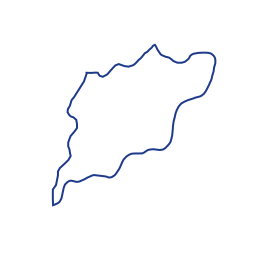 outline of Rangrim, Chagang-do, North Korea, rotated 19°
{"feature_id": "82179303B57192008066519", "entity_name": "Rangrim", "entity_type": "district", "adm_level": 2, "iso_a3": "PRK", "parent_name": "North Korea", "parent_adm1": "Chagang-do", "projection": "albers", "projection_center": [127.189, 40.817], "detail": "fine", "context": "isolated", "style": "outline", "palette": "blue", "viewbox_px": 256, "rotation_deg": 19, "n_neighbors": 0, "source": "geoboundaries", "source_scale": "gbopen_adm2", "svg_char_len": 2117}
<svg xmlns="http://www.w3.org/2000/svg" viewBox="0 0 256 256"><g transform="rotate(19 128 128)"><path d="M70.8,89.3L71.2,90.1L71.2,91.6L71.2,98.3L69.8,104.3L68.4,110.3L67.7,113.1L67.0,116.3L65.6,119.9L65.8,124.4L65.7,126.7L65.0,129.7L65.7,132.7L68.3,134.9L70.4,135.7L73.1,135.7L76.5,137.2L78.5,140.9L78.7,141.5L79.8,144.7L78.4,149.2L76.3,154.4L76.3,155.9L76.2,158.2L76.2,161.2L77.5,164.9L79.5,167.1L81.5,170.9L82.9,173.1L82.1,177.6L79.4,182.9L76.6,188.1L75.9,191.9L77.2,195.6L77.8,200.1L78.5,205.3L77.0,210.6L77.7,212.8L79.0,216.6L80.3,220.3L82.3,225.4L83.7,224.3L86.3,221.7L87.2,220.2L87.6,218.7L87.9,216.9L87.9,215.2L86.7,205.5L86.8,202.0L88.1,199.3L89.1,197.9L90.4,196.7L91.8,196.2L96.8,195.7L98.1,195.2L99.6,194.3L103.6,190.6L105.9,188.0L108.5,185.6L109.9,184.3L111.4,183.5L122.0,181.2L123.7,181.0L125.4,181.1L127.0,180.7L128.6,179.8L130.8,177.0L131.4,175.6L133.0,169.5L133.4,166.0L133.6,162.4L134.1,159.3L135.3,156.5L136.2,154.9L137.4,153.4L138.5,152.2L139.9,151.1L141.6,150.3L149.7,147.4L151.1,146.1L153.2,143.2L154.5,142.0L156.0,141.1L158.9,139.8L165.1,138.5L167.9,137.1L169.2,135.7L170.1,134.3L171.9,130.3L172.4,128.7L172.7,127.0L172.6,125.1L172.5,123.6L172.1,120.3L170.7,114.4L169.9,111.6L169.0,106.8L168.6,101.9L168.2,98.7L168.3,95.0L168.8,91.8L169.2,90.3L170.4,87.5L172.7,84.8L175.3,82.4L180.9,78.2L181.7,77.4L185.7,74.8L186.9,73.6L188.6,71.0L189.5,68.1L190.2,63.8L190.7,59.5L190.7,58.1L191.0,56.6L191.0,53.6L190.7,52.2L190.5,46.8L189.7,42.7L189.5,38.5L188.6,35.6L187.9,34.2L186.9,32.9L185.5,31.8L182.8,30.7L181.5,30.6L178.8,30.9L174.5,32.3L170.4,33.9L166.2,36.2L164.8,37.3L163.9,38.6L163.2,40.0L163.1,41.4L162.7,42.9L162.0,44.1L160.1,47.0L157.3,48.9L153.3,50.2L148.9,49.9L147.5,49.2L144.6,48.2L143.1,48.1L140.5,48.4L136.0,48.1L134.6,47.5L133.7,46.8L130.6,44.5L128.1,42.0L126.7,40.8L126.3,40.6L124.9,42.1L124.2,44.4L122.9,46.6L121.5,49.6L119.5,51.9L118.8,54.1L117.4,57.8L116.0,60.1L114.0,64.6L112.6,66.8L108.6,69.8L104.5,70.6L101.1,70.6L98.4,70.6L95.7,72.9L94.3,75.9L93.0,78.9L90.9,84.1L87.5,87.8L84.1,87.8L81.4,85.6L78.7,86.4L75.3,87.9L70.8,89.3Z" fill="none" stroke="#1e3a8a" stroke-width="2"/></g></svg>